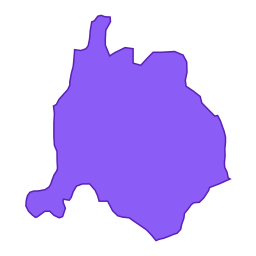 the district of Kurdamir District, Kürdəmir, Azerbaijan
{"feature_id": "54616110B82810927503709", "entity_name": "Kurdamir District", "entity_type": "district", "adm_level": 2, "iso_a3": "AZE", "parent_name": "Azerbaijan", "parent_adm1": "Kürdəmir", "projection": "mercator", "projection_center": [48.161, 40.284], "detail": "fine", "context": "isolated", "style": "filled", "palette": "violet", "viewbox_px": 256, "rotation_deg": 0, "n_neighbors": 0, "source": "geoboundaries", "source_scale": "gbopen_adm2", "svg_char_len": 1617}
<svg xmlns="http://www.w3.org/2000/svg" viewBox="0 0 256 256"><path d="M91.7,21.9L91.1,25.8L90.2,30.8L89.9,35.7L89.4,39.8L88.2,45.7L86.0,48.7L81.1,50.5L74.6,49.7L74.3,54.4L73.5,63.7L73.1,66.9L71.4,73.1L69.8,81.9L69.8,85.2L67.6,89.8L63.4,94.4L59.0,99.4L56.3,104.6L53.5,106.0L54.4,113.6L53.9,122.6L53.9,137.1L54.4,145.3L57.0,151.4L57.1,160.8L57.5,168.3L56.7,170.9L54.1,174.9L52.1,180.1L50.7,184.3L48.9,187.1L45.0,189.7L38.6,190.9L33.6,191.1L29.9,192.3L27.5,195.6L26.3,200.2L26.1,202.7L25.9,206.0L28.5,211.2L32.1,214.8L35.4,217.4L37.4,216.8L42.8,212.8L44.6,211.4L49.7,211.2L54.1,215.4L59.2,217.8L62.6,216.6L65.4,208.2L63.0,202.0L63.4,199.2L69.2,200.2L71.2,197.4L73.3,191.5L76.5,186.1L82.5,183.9L89.6,183.9L95.2,190.3L97.7,196.0L99.1,201.2L105.9,201.2L107.7,201.2L112.6,210.8L117.8,215.8L123.0,217.2L129.1,217.8L134.1,221.3L146.6,229.9L151.7,235.3L156.0,240.6L159.0,239.3L163.5,238.3L168.9,236.3L172.8,234.6L177.2,233.2L180.7,229.3L181.8,223.9L183.8,218.5L184.5,213.3L188.3,208.8L191.2,204.7L193.6,202.8L199.3,202.3L203.7,198.0L208.4,190.9L209.6,187.5L219.3,183.8L225.3,181.1L230.1,179.0L228.2,177.8L227.0,172.0L224.7,167.4L224.4,162.9L225.1,155.6L224.8,149.0L225.5,142.7L225.5,137.1L224.1,131.3L220.3,120.6L217.6,115.5L214.8,116.1L209.0,110.3L201.8,102.9L200.2,96.5L193.6,91.3L186.1,86.3L185.3,80.2L187.0,72.2L186.7,62.0L183.1,55.1L174.6,51.5L161.1,52.3L153.1,52.3L147.4,58.1L140.8,65.3L133.1,63.1L133.1,54.8L133.1,48.7L125.1,47.6L114.9,52.6L109.7,55.9L105.3,45.1L105.3,39.1L105.8,30.2L110.5,21.7L110.1,17.0L105.2,16.8L101.1,15.4L97.8,16.2L94.4,20.8L91.7,21.9Z" fill="#8b5cf6" stroke="#5b21b6" stroke-width="1.5"/></svg>